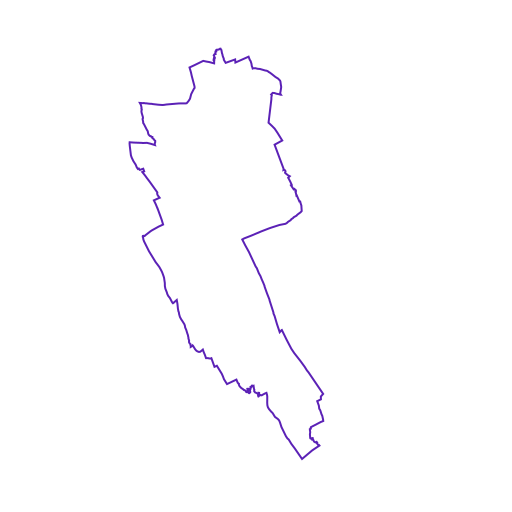 Sopot, Dolj, Romania (Robinson projection), rotated 244°
{"feature_id": "2599482B68085275929328", "entity_name": "Sopot", "entity_type": "district", "adm_level": 2, "iso_a3": "ROU", "parent_name": "Romania", "parent_adm1": "Dolj", "projection": "robinson", "projection_center": [23.496, 44.397], "detail": "fine", "context": "isolated", "style": "outline", "palette": "violet", "viewbox_px": 512, "rotation_deg": 244, "n_neighbors": 0, "source": "geoboundaries", "source_scale": "gbopen_adm2", "svg_char_len": 6034}
<svg xmlns="http://www.w3.org/2000/svg" viewBox="0 0 512 512"><g transform="rotate(244 256 256)"><path d="M456.9,315.1L457.3,314.9L457.9,315.0L458.1,314.7L457.9,313.7L458.0,313.4L457.9,313.0L458.3,311.8L458.6,311.3L458.6,310.6L458.4,310.4L457.8,310.3L457.3,310.0L457.6,309.3L457.0,308.8L455.3,308.2L455.5,307.8L455.6,307.4L455.4,306.8L454.9,306.0L454.0,306.2L453.7,306.1L453.2,305.6L452.8,305.7L452.1,305.9L451.8,305.6L452.0,305.4L452.1,304.8L451.9,304.6L451.2,304.1L450.9,304.0L450.7,304.1L450.6,303.8L450.3,303.9L450.0,304.2L449.6,303.9L449.6,303.7L448.8,303.5L447.5,302.8L450.9,298.9L452.3,296.9L454.5,294.1L454.5,284.2L454.6,278.9L449.4,278.0L446.1,277.2L435.5,275.1L434.2,274.6L433.9,274.4L433.5,273.5L429.9,268.7L426.6,265.9L426.2,265.5L424.8,263.2L423.7,260.7L423.9,259.9L425.6,256.4L427.0,253.4L431.4,242.0L432.3,239.1L432.9,237.8L434.8,234.5L438.0,229.5L438.4,229.1L439.6,226.9L441.4,224.2L441.7,223.5L442.7,222.2L442.8,221.6L444.5,218.7L442.5,218.8L440.4,218.4L438.7,217.8L438.5,217.5L437.6,217.5L436.7,216.7L435.9,216.3L434.4,215.9L430.7,215.3L429.5,214.9L428.9,214.1L425.7,213.3L425.3,213.0L424.7,212.9L423.8,213.1L417.6,213.2L415.8,213.4L415.2,213.3L413.4,212.8L412.2,212.7L410.5,213.2L410.2,213.5L409.9,214.0L409.2,214.1L408.9,214.3L408.7,214.5L408.4,215.0L407.6,214.6L407.2,214.6L406.4,215.2L404.5,215.5L403.8,215.9L402.6,215.4L401.9,214.7L400.8,213.9L400.0,213.8L403.1,210.5L405.5,207.6L407.3,203.5L407.6,203.2L411.5,195.9L413.6,192.3L412.6,191.7L410.0,190.7L401.3,187.7L398.9,187.4L394.8,187.4L390.8,187.9L388.0,187.7L386.0,188.0L386.0,189.0L384.4,189.2L384.3,189.3L383.9,192.9L381.1,192.6L381.3,190.6L376.9,191.6L373.9,192.1L369.4,193.0L356.4,195.2L355.4,194.5L354.4,194.3L353.5,194.3L350.6,194.9L350.8,188.6L346.3,188.6L340.5,188.2L343.2,188.4L342.1,188.4L329.9,187.1L325.0,186.3L325.1,181.4L324.7,173.9L324.5,172.2L323.1,165.5L322.8,164.7L323.0,164.3L323.5,163.7L323.6,163.1L322.9,162.6L322.2,162.7L321.8,162.5L320.2,162.0L318.2,161.8L307.3,161.9L294.5,163.1L290.0,164.0L288.3,164.3L284.4,164.5L282.5,164.5L278.6,164.1L276.7,163.8L271.7,162.2L268.9,160.9L266.3,160.2L262.3,159.9L260.8,159.6L258.7,159.6L255.9,160.2L251.6,160.3L250.3,160.5L249.2,160.9L250.0,161.0L251.2,165.5L247.4,164.4L242.8,162.7L240.2,162.0L239.3,162.0L237.4,161.4L234.6,160.9L231.8,161.0L229.9,161.3L226.0,161.7L224.4,161.5L222.8,161.0L220.2,160.9L216.4,160.3L214.5,160.1L213.7,159.8L212.6,159.6L211.4,159.1L209.3,158.8L208.1,158.1L207.4,158.0L206.2,158.1L205.3,158.5L204.2,157.9L203.7,157.9L202.9,157.5L203.1,159.7L203.3,159.9L203.1,160.0L198.9,160.4L197.3,160.8L196.3,161.3L195.0,162.4L194.4,163.6L194.7,165.4L195.2,167.2L192.9,166.9L189.4,166.7L186.1,166.3L185.1,168.3L184.6,168.8L183.8,170.1L183.7,171.1L174.6,170.1L174.5,172.7L165.2,173.6L162.2,173.5L159.3,173.2L153.6,173.8L153.5,184.2L150.0,184.0L148.6,184.6L148.3,184.3L146.7,184.1L145.3,184.4L143.8,184.9L141.9,186.0L140.8,186.4L140.7,186.7L139.9,187.3L139.4,187.5L138.3,187.5L137.8,187.8L137.6,188.1L137.4,188.7L138.7,189.5L140.4,190.0L140.2,190.6L140.0,190.9L137.8,189.6L137.5,189.1L136.0,189.5L135.7,189.7L135.7,190.1L135.9,190.5L136.1,191.1L137.0,191.5L137.8,191.6L138.4,191.4L138.5,192.1L139.2,192.7L139.1,193.0L139.9,193.4L140.7,193.6L140.7,193.8L140.2,194.0L140.3,194.7L140.6,195.0L141.1,195.1L141.3,195.4L141.3,195.7L140.4,196.6L140.4,196.9L137.4,195.9L136.6,195.9L135.3,195.1L133.8,195.4L132.4,196.6L131.2,197.2L130.3,197.1L129.5,196.6L128.7,196.6L128.7,196.9L129.4,197.5L130.8,198.2L131.8,198.5L131.6,198.8L129.9,198.1L129.1,198.2L129.0,199.2L128.5,199.6L128.3,200.1L128.4,201.3L128.5,203.9L128.4,205.4L126.2,205.0L124.7,204.5L119.1,201.7L116.9,200.8L115.5,200.5L114.6,200.4L112.6,200.6L109.1,201.5L108.0,202.0L106.6,202.2L103.1,202.5L99.9,204.2L98.1,204.7L96.0,204.6L91.1,203.9L80.8,203.9L78.1,204.3L76.9,204.9L76.2,205.0L71.7,205.4L66.0,206.5L53.4,208.4L56.6,221.1L57.0,223.8L57.8,229.9L58.6,229.7L58.8,229.1L61.6,228.5L61.6,229.1L62.4,229.0L62.4,228.7L62.1,228.3L62.2,228.0L62.5,227.6L63.8,226.8L64.6,226.8L65.5,226.9L66.2,226.8L66.3,226.5L66.2,226.2L66.3,226.0L67.0,226.2L67.0,226.4L67.0,226.9L67.6,227.2L67.6,227.4L68.0,227.7L67.7,227.3L67.6,225.9L67.9,225.9L68.0,225.6L68.1,225.0L68.6,224.9L72.1,226.3L73.9,227.5L76.1,228.2L76.8,228.5L76.8,229.6L77.8,230.0L78.1,230.3L78.4,241.3L78.2,244.1L79.6,244.6L83.3,245.5L85.1,245.5L88.3,246.0L89.5,246.1L91.0,245.9L94.0,246.9L98.7,247.4L98.7,251.5L101.3,252.7L102.6,255.9L128.4,252.2L130.9,251.6L134.9,251.2L142.2,249.9L152.0,247.8L157.1,247.1L167.6,246.8L178.2,246.8L178.2,246.6L177.1,243.9L185.6,245.0L193.9,246.4L196.6,246.5L197.6,246.9L210.0,248.7L211.1,249.0L217.5,249.5L224.7,250.3L225.7,250.6L226.3,250.6L229.1,250.8L232.4,250.9L236.0,251.2L239.3,251.0L244.7,251.4L246.7,251.1L262.6,251.4L270.4,251.0L276.9,250.9L277.0,253.2L276.4,260.3L275.8,271.6L275.1,279.8L274.8,282.3L273.6,290.7L272.0,296.7L272.2,298.5L272.6,299.5L272.8,300.9L273.0,302.8L273.6,303.9L273.8,305.6L274.0,306.3L274.3,306.8L274.5,310.1L275.0,311.2L275.8,315.4L276.4,316.8L281.5,318.9L283.8,319.2L285.6,319.6L285.9,318.9L292.5,319.2L292.5,318.8L295.7,319.6L295.8,319.5L296.8,319.8L296.7,320.2L297.3,320.4L296.9,321.0L298.0,320.4L299.5,319.9L299.4,319.1L304.2,318.4L304.2,319.3L307.8,319.4L311.5,319.3L312.2,319.2L312.9,321.3L314.4,320.2L317.6,318.7L318.1,318.6L319.1,319.6L319.9,319.7L320.6,319.5L321.3,318.9L321.3,318.4L322.2,319.0L347.9,321.5L348.3,330.2L357.4,329.3L362.2,328.6L366.1,327.3L370.3,325.7L390.1,338.5L391.9,339.4L393.6,340.7L394.5,340.4L395.3,342.5L394.4,344.0L392.9,345.5L391.4,347.5L390.1,348.9L390.0,349.1L390.8,349.0L391.9,349.2L393.0,350.1L396.3,352.4L397.3,352.9L399.3,353.5L402.0,354.4L403.1,354.5L405.8,353.6L408.3,352.0L412.7,349.9L415.2,348.6L415.7,348.1L416.5,347.8L417.2,347.4L418.0,346.6L418.6,345.7L422.4,341.5L423.5,339.6L425.1,337.7L426.0,335.5L426.0,335.2L427.0,335.4L428.6,335.5L430.8,336.2L433.5,336.6L435.1,336.4L438.4,336.7L438.9,322.3L441.8,323.4L442.9,313.4L446.5,313.1L447.7,313.6L448.6,313.6L450.5,313.8L452.0,314.2L453.1,314.3L456.3,315.2L456.9,315.1Z" fill="none" stroke="#5b21b6" stroke-width="2"/></g></svg>